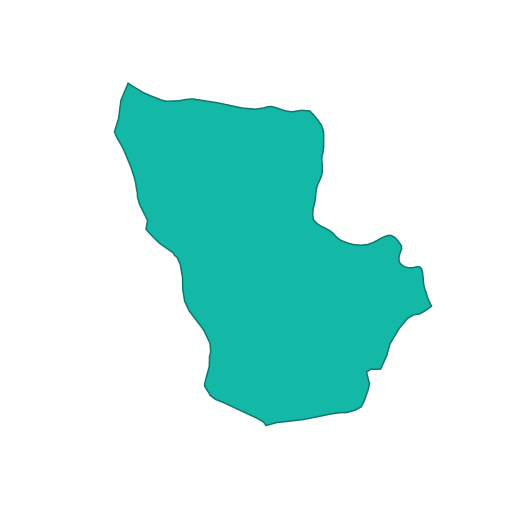 outline of Zunil, Quezaltenango, Guatemala, rotated 111°
{"feature_id": "79465075B54074459386490", "entity_name": "Zunil", "entity_type": "district", "adm_level": 2, "iso_a3": "GTM", "parent_name": "Guatemala", "parent_adm1": "Quezaltenango", "projection": "mercator", "projection_center": [-91.503, 14.742], "detail": "fine", "context": "isolated", "style": "filled", "palette": "teal", "viewbox_px": 512, "rotation_deg": 111, "n_neighbors": 0, "source": "geoboundaries", "source_scale": "gbopen_adm2", "svg_char_len": 2034}
<svg xmlns="http://www.w3.org/2000/svg" viewBox="0 0 512 512"><g transform="rotate(111 256 256)"><path d="M240.0,74.1L234.1,80.3L229.1,84.1L226.0,86.9L222.0,89.5L217.4,91.7L211.7,94.6L208.5,97.0L207.8,98.4L207.6,100.0L208.2,101.6L210.0,104.3L211.4,106.7L212.2,108.9L212.8,112.4L212.5,115.4L211.4,118.4L210.5,119.7L208.3,121.2L205.8,122.1L203.0,122.5L197.2,122.6L194.5,123.8L193.0,125.8L190.1,130.5L188.8,133.7L188.4,137.2L188.9,138.9L190.3,141.2L192.4,143.5L194.7,145.7L201.1,151.1L205.3,155.9L208.2,161.6L210.5,169.3L211.1,176.8L211.0,182.2L209.9,186.7L206.9,193.0L205.9,196.3L205.2,201.3L204.9,205.4L204.1,209.7L202.8,213.0L201.9,214.9L200.2,216.3L196.5,218.2L191.1,219.6L185.2,220.3L180.0,221.4L176.0,222.7L169.3,224.0L160.0,223.6L156.5,223.7L153.1,224.3L145.6,227.5L143.0,228.9L139.0,230.2L135.3,230.6L130.3,231.8L121.3,235.2L115.4,237.6L111.0,241.2L107.3,246.3L103.9,252.3L101.3,257.6L103.6,265.5L106.4,270.4L108.4,273.9L109.3,277.2L110.0,280.8L110.5,292.1L111.0,295.5L112.6,298.8L114.9,301.6L119.3,309.5L121.1,316.0L122.7,321.3L126.8,347.0L132.2,371.9L135.0,377.5L138.5,383.1L143.6,394.9L144.3,399.9L144.2,411.4L143.9,419.4L141.8,431.6L140.5,437.3L159.0,437.9L176.8,433.6L191.0,432.6L195.5,428.1L201.3,420.8L205.6,416.2L218.2,404.3L227.4,396.9L231.2,394.4L235.8,391.8L240.4,388.9L242.7,388.2L249.5,383.2L261.6,370.0L270.5,368.3L275.0,359.1L278.7,350.6L282.8,334.1L284.4,332.5L285.7,328.9L291.1,323.6L299.6,318.6L301.4,317.3L313.2,312.5L323.9,306.3L331.4,298.4L339.9,284.6L344.1,278.0L353.9,267.7L362.1,263.8L366.2,263.5L375.6,260.1L393.9,258.1L396.1,257.2L401.0,250.5L402.6,248.8L404.4,242.3L404.4,234.7L407.1,196.8L408.3,189.4L410.7,185.9L403.9,176.7L400.0,169.0L391.7,153.2L383.5,140.2L376.5,129.3L373.9,124.7L372.0,121.0L369.6,115.1L364.2,108.0L359.1,103.8L352.4,103.0L339.9,103.4L334.1,104.4L332.2,106.0L324.8,111.2L320.7,108.4L317.0,99.2L315.3,99.0L302.6,98.3L290.2,99.4L272.8,96.5L260.1,92.2L254.4,87.8L252.2,83.7L250.9,82.0L248.0,79.6L244.5,77.0L240.0,74.1Z" fill="#14b8a6" stroke="#0f766e" stroke-width="1.5"/></g></svg>